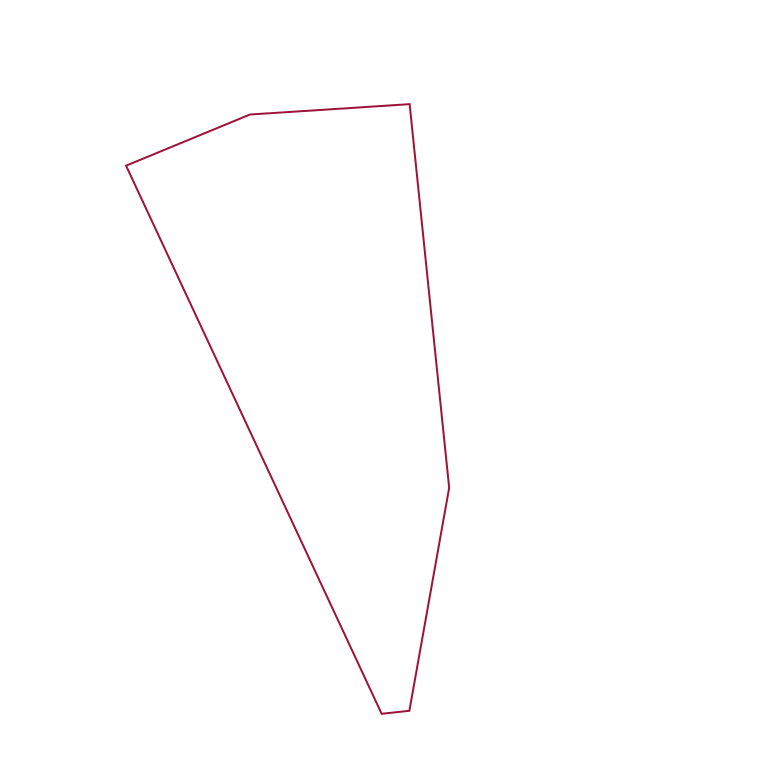 outline of Sint Maarten, rotated 245°
{"feature_id": "SXM", "entity_name": "Sint Maarten", "entity_type": "country or territory", "adm_level": 0, "iso_a3": "SXM", "parent_name": "North America", "parent_adm1": "", "projection": "orthographic", "projection_center": [-63.073, 18.044], "detail": "fine", "context": "isolated", "style": "outline", "palette": "rose", "viewbox_px": 768, "rotation_deg": 245, "n_neighbors": 0, "source": "natural_earth", "source_scale": "50m", "svg_char_len": 247}
<svg xmlns="http://www.w3.org/2000/svg" viewBox="0 0 768 768"><g transform="rotate(245 384 384)"><path d="M86.1,242.5L690.9,242.5L684.9,376.4L626.8,525.5L262.4,399.2L77.1,268.9L86.1,242.5Z" fill="none" stroke="#9f1239" stroke-width="2"/></g></svg>